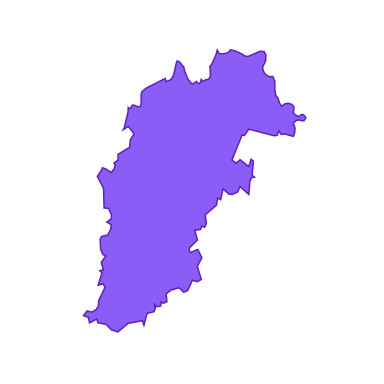 an SVG outline of Liege, rotated 282°
{"feature_id": "BEL-3481", "entity_name": "Liege", "entity_type": "Province", "adm_level": 1, "iso_a3": "BEL", "parent_name": "Belgium", "parent_adm1": "", "projection": "natural_earth1", "projection_center": [5.813, 50.464], "detail": "fine", "context": "isolated", "style": "filled", "palette": "violet", "viewbox_px": 384, "rotation_deg": 282, "n_neighbors": 0, "source": "natural_earth", "source_scale": "10m", "svg_char_len": 2735}
<svg xmlns="http://www.w3.org/2000/svg" viewBox="0 0 384 384"><g transform="rotate(282 192 192)"><path d="M271.0,280.1L268.5,279.8L267.5,279.5L267.5,279.4L268.0,270.8L267.8,270.2L266.9,267.2L269.9,264.3L265.1,263.6L264.1,260.5L265.3,234.5L258.3,231.5L257.9,229.1L231.5,224.4L229.5,229.5L233.6,232.3L228.7,242.1L236.3,243.0L234.9,245.7L221.0,247.3L219.6,250.0L218.2,247.3L214.6,246.4L201.4,248.1L207.3,237.8L201.4,236.6L197.9,231.7L197.6,228.6L201.4,221.7L190.4,221.6L191.5,218.3L184.2,218.7L172.4,209.6L164.9,212.5L161.3,212.1L160.1,211.2L160.8,208.7L157.1,208.1L155.1,202.6L146.3,207.3L136.9,201.2L134.0,201.3L132.6,203.3L137.0,209.6L129.7,215.3L120.4,212.7L108.4,219.3L105.4,215.8L105.7,210.7L94.8,208.3L92.2,204.7L95.6,199.2L91.6,191.7L86.9,187.9L79.5,190.3L77.1,186.9L78.2,184.5L73.8,185.0L72.3,180.6L75.3,178.3L70.1,180.3L67.1,179.8L63.9,173.3L51.7,172.7L55.8,170.2L50.2,156.8L39.7,148.6L40.4,141.9L44.7,135.5L44.5,127.2L47.9,125.2L42.6,119.0L47.8,116.7L48.5,111.6L53.8,114.1L53.7,119.1L57.3,122.8L60.6,124.1L66.4,123.3L80.9,126.8L83.7,124.1L81.3,119.5L94.2,120.8L95.8,118.2L97.4,121.4L104.4,117.9L111.3,120.9L112.4,117.8L116.8,114.6L126.8,111.9L129.8,112.9L132.4,118.4L138.3,120.2L143.2,119.9L144.9,114.9L149.2,118.7L152.7,118.0L158.6,113.9L158.1,109.3L177.0,104.8L187.7,96.1L189.0,96.8L193.7,98.6L197.1,99.4L196.7,102.7L194.4,109.1L198.4,110.9L200.8,111.3L203.0,111.0L204.1,109.7L204.7,110.3L207.9,113.0L213.5,111.8L222.8,121.7L230.6,120.8L235.8,123.0L237.7,122.3L242.8,116.0L238.7,111.8L241.0,112.4L256.9,112.8L261.3,112.1L260.9,112.7L260.8,113.2L260.8,113.7L261.1,114.2L264.7,115.7L264.8,118.4L264.0,121.4L264.9,123.7L267.8,124.0L276.4,122.0L280.0,122.3L284.2,125.7L297.5,142.2L294.6,143.7L297.2,147.7L301.7,149.6L316.7,149.9L317.2,151.6L315.7,154.1L313.2,156.5L313.2,157.6L308.4,159.9L301.5,164.6L297.5,169.7L301.1,173.5L299.4,175.6L299.7,176.9L301.5,177.5L304.0,177.6L302.3,180.0L304.1,181.4L305.9,184.6L307.7,185.7L309.8,185.8L317.2,183.9L317.7,183.5L318.2,183.4L318.7,183.5L319.2,183.9L322.6,185.2L332.0,187.0L336.0,187.2L333.6,189.1L333.0,191.4L333.7,193.9L334.9,196.7L336.8,199.2L338.3,199.5L339.2,200.4L339.0,205.1L337.5,211.7L336.0,215.4L336.3,218.7L343.9,229.5L344.1,231.3L344.3,233.4L341.6,235.8L335.8,236.7L332.9,236.2L330.4,235.4L327.9,235.3L325.0,236.7L322.8,238.8L321.4,241.5L320.9,244.3L321.9,246.9L317.9,249.8L308.5,252.0L304.0,253.8L301.8,256.5L296.9,259.3L294.6,261.8L297.5,264.4L298.8,267.6L298.6,270.8L297.3,273.4L295.7,274.3L291.3,274.6L289.5,275.5L289.1,276.4L288.3,279.6L287.9,281.0L290.1,282.4L290.9,284.1L290.2,286.0L288.2,287.9L285.0,286.7L284.5,284.5L284.7,281.9L283.8,279.3L280.9,277.1L279.2,277.3L277.8,278.5L275.9,279.5L271.0,280.1Z" fill="#8b5cf6" stroke="#5b21b6" stroke-width="1.5"/></g></svg>